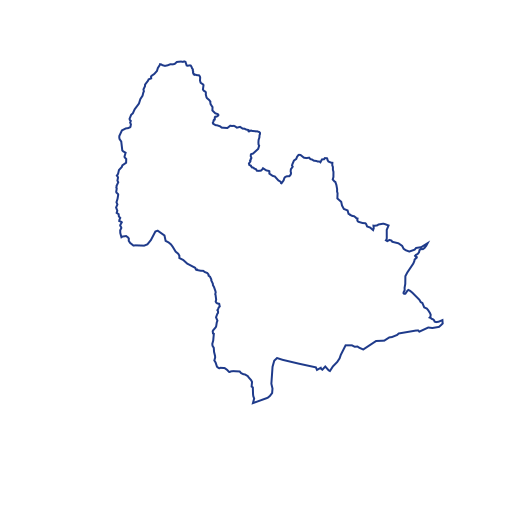 Savarsin, Arad, Romania (Robinson projection), rotated 306°
{"feature_id": "2599482B64767157577380", "entity_name": "Savarsin", "entity_type": "district", "adm_level": 2, "iso_a3": "ROU", "parent_name": "Romania", "parent_adm1": "Arad", "projection": "robinson", "projection_center": [22.304, 46.053], "detail": "fine", "context": "isolated", "style": "outline", "palette": "blue", "viewbox_px": 512, "rotation_deg": 306, "n_neighbors": 0, "source": "geoboundaries", "source_scale": "gbopen_adm2", "svg_char_len": 6091}
<svg xmlns="http://www.w3.org/2000/svg" viewBox="0 0 512 512"><g transform="rotate(306 256 256)"><path d="M367.2,387.3L360.3,384.5L356.6,380.8L354.3,380.6L349.7,377.4L348.7,373.8L348.6,371.2L350.1,368.3L350.0,363.8L347.6,357.9L348.1,356.5L347.4,354.5L345.2,353.5L345.1,351.9L346.1,351.9L347.3,351.3L354.0,346.4L358.6,345.3L357.5,341.3L356.9,339.9L353.5,336.6L351.9,336.0L350.1,334.1L349.6,333.2L347.7,334.9L345.8,335.5L346.1,331.6L345.2,328.5L346.6,326.3L346.8,325.3L345.3,322.8L343.9,318.8L343.9,317.9L344.5,316.9L346.0,316.1L345.5,314.9L345.8,314.1L345.8,311.8L344.9,310.2L345.0,309.6L344.5,308.2L344.8,307.8L344.5,306.1L346.7,303.3L345.7,299.4L347.4,295.9L349.9,293.1L350.4,288.0L354.7,285.1L355.8,283.7L357.8,282.3L360.7,279.3L362.6,276.6L362.4,275.8L363.0,273.1L365.4,272.2L369.6,269.2L371.0,267.5L373.2,265.9L374.3,264.3L376.3,263.0L375.7,262.0L375.0,259.1L375.6,257.6L376.5,256.6L376.8,255.9L375.6,254.1L374.3,254.2L372.9,252.6L369.7,253.0L369.8,252.2L369.5,251.4L368.8,250.6L368.3,248.9L367.1,246.7L367.0,244.6L366.5,243.6L366.4,242.6L366.8,241.2L364.9,239.3L363.7,237.0L363.9,232.7L363.4,231.7L362.8,231.0L360.4,230.9L358.2,231.5L355.5,230.6L351.6,231.5L350.4,231.9L349.8,233.2L346.7,233.2L344.8,234.3L343.7,235.6L342.3,236.2L340.2,236.1L338.5,234.0L337.1,233.2L335.8,233.1L333.3,233.9L329.0,233.9L330.0,233.4L330.3,232.8L330.5,231.9L330.3,229.6L331.4,224.5L330.6,222.3L330.5,218.4L332.4,217.0L332.4,216.5L331.3,214.0L331.1,210.1L329.9,210.2L327.9,209.8L326.2,207.8L325.5,206.5L326.2,205.0L325.7,203.2L325.9,202.4L325.7,201.2L325.3,200.8L325.7,199.2L326.1,198.8L325.7,197.1L326.7,195.9L329.1,195.9L329.4,195.8L329.9,195.0L330.9,195.2L331.4,194.7L332.6,194.7L333.7,193.0L335.1,192.2L335.6,192.2L337.1,193.4L343.9,194.8L347.1,193.7L347.7,192.5L349.3,191.2L351.4,189.9L353.8,189.1L355.9,187.8L357.1,187.5L358.0,186.8L358.2,185.9L357.5,183.5L356.7,182.7L356.6,182.2L354.8,179.2L354.6,178.2L352.6,177.1L352.5,176.7L353.5,175.9L352.5,173.7L352.2,171.8L351.2,170.3L351.1,167.2L348.6,165.1L348.6,163.1L348.3,161.6L347.0,160.1L346.3,158.6L342.7,157.6L339.7,152.8L339.8,150.7L338.9,147.8L338.1,146.4L337.8,143.6L338.3,142.8L340.0,142.5L340.7,142.0L341.4,141.9L341.9,142.4L342.7,142.2L343.2,141.6L344.2,141.1L344.8,141.2L345.5,142.1L346.7,142.7L347.8,142.8L348.2,142.4L348.3,141.6L347.5,139.1L348.1,135.2L350.9,133.3L352.1,130.1L353.2,128.9L354.1,128.3L354.7,126.3L354.9,123.6L355.2,122.8L357.1,120.5L358.6,119.5L359.2,118.6L359.0,116.6L359.5,115.2L363.4,113.1L363.7,112.5L363.6,109.5L363.8,109.1L365.1,107.5L367.5,106.0L368.1,105.3L368.7,103.9L368.6,103.5L367.6,102.0L367.1,100.4L366.5,100.0L366.3,98.9L366.9,98.6L367.1,97.4L368.5,96.6L368.7,96.0L369.9,95.2L370.2,94.0L371.0,92.9L371.7,91.3L371.4,90.5L369.6,88.7L369.4,87.9L371.6,84.8L371.2,83.5L370.1,82.8L369.2,81.0L367.0,78.5L366.4,77.9L363.6,77.3L362.1,76.0L360.8,74.0L358.4,72.5L356.3,70.6L355.4,68.2L355.2,66.3L354.7,65.6L354.1,65.9L350.4,66.1L347.5,67.1L343.5,66.7L340.3,65.6L339.5,65.6L338.1,66.8L335.8,65.3L334.4,65.6L329.5,65.5L328.1,66.4L324.7,67.0L323.3,68.5L321.9,68.8L319.0,70.0L315.0,70.2L310.5,71.7L303.4,71.6L299.0,72.5L296.9,72.0L292.6,73.1L291.9,74.0L291.7,75.3L289.9,75.8L289.0,77.4L286.7,78.5L286.2,78.5L284.3,77.4L282.7,75.7L278.8,73.7L272.7,74.9L271.3,75.9L270.4,76.9L269.4,79.7L262.8,85.8L262.6,87.0L262.9,89.8L259.1,91.2L258.6,91.8L258.2,94.0L255.1,96.1L250.8,94.6L249.1,95.1L245.0,94.6L241.4,96.1L239.2,96.2L239.0,97.3L238.3,98.3L235.5,99.6L234.7,101.2L230.6,102.0L230.0,102.6L229.2,102.8L228.7,103.7L225.7,105.2L225.3,105.8L225.0,108.0L224.6,108.5L220.8,110.4L217.5,111.5L216.2,113.6L213.0,114.3L211.1,117.2L209.0,117.9L209.1,120.3L207.4,121.8L207.0,123.8L205.0,124.2L203.9,124.8L204.5,127.1L204.4,127.6L201.1,128.0L200.7,128.4L199.9,130.2L199.5,130.6L197.0,131.0L194.8,132.7L192.1,136.1L193.3,136.6L195.8,139.2L195.8,141.3L195.4,142.8L193.5,144.1L192.6,146.4L192.4,150.7L193.9,152.4L198.6,159.4L201.6,161.3L207.1,161.6L216.7,160.2L218.7,161.6L218.8,169.9L215.1,174.0L215.6,177.3L215.4,180.4L214.5,183.2L212.3,188.4L212.1,191.8L211.2,193.8L209.3,195.2L210.0,199.5L209.4,204.9L210.7,213.8L209.7,215.4L209.9,216.3L210.4,216.4L210.3,217.2L211.5,219.8L213.0,222.1L212.9,223.9L213.6,226.6L213.1,228.5L212.2,229.2L212.2,231.0L211.6,232.1L210.8,233.6L210.0,234.1L208.2,237.4L207.1,238.3L206.2,240.3L203.6,244.0L202.8,244.8L201.1,245.5L200.8,246.1L197.3,249.4L195.4,250.2L194.9,251.4L194.9,252.6L195.7,254.3L193.9,256.3L192.3,256.1L190.8,256.6L189.5,256.6L189.1,257.7L187.7,258.7L186.5,258.7L182.9,259.7L181.0,262.8L179.2,263.3L175.9,265.0L174.7,265.3L170.5,265.0L169.7,265.2L168.1,266.7L168.3,267.6L162.4,271.1L159.2,272.3L157.8,273.6L156.9,275.8L153.8,278.4L151.1,281.6L149.9,282.6L147.0,283.7L146.1,285.9L143.5,289.5L143.4,291.6L143.6,292.3L144.6,292.9L146.9,296.5L146.9,299.5L146.4,302.3L146.7,302.9L148.0,303.6L149.5,305.3L153.0,310.7L152.5,312.7L152.9,315.1L153.7,316.8L154.0,320.0L153.5,321.3L152.7,325.0L151.8,326.8L147.8,329.2L147.8,330.7L142.5,334.8L141.0,336.2L139.6,338.3L135.2,340.0L148.2,348.8L150.9,349.5L154.6,349.6L158.4,347.3L161.7,343.5L176.1,334.5L182.0,332.3L185.8,333.0L187.7,338.7L194.1,354.0L201.1,369.9L199.7,372.3L203.6,374.1L203.0,375.0L203.0,376.5L207.3,377.0L206.2,382.0L206.4,383.4L211.9,383.1L218.0,384.0L222.3,383.8L225.9,382.7L236.4,381.0L240.1,386.1L240.6,389.2L242.4,391.3L242.5,393.5L243.4,397.7L257.8,403.1L262.9,409.5L268.5,411.7L270.3,413.6L275.1,416.6L277.2,417.0L289.7,429.2L291.1,431.0L290.8,432.6L299.4,437.4L301.4,441.0L306.2,445.7L308.8,446.3L311.1,446.7L313.7,444.5L310.2,442.4L308.4,440.6L307.9,439.1L308.7,437.7L308.8,436.2L308.4,435.1L308.6,433.8L308.3,432.7L309.4,432.8L311.1,431.9L312.1,430.3L313.3,427.3L313.9,425.1L313.3,422.3L315.8,418.2L315.5,416.4L316.6,414.0L318.2,404.2L318.4,401.2L318.1,399.2L316.8,398.9L313.3,399.0L312.5,398.1L312.7,397.1L313.6,396.7L315.7,396.4L317.6,394.9L321.1,393.2L327.5,388.7L331.6,388.1L342.3,387.7L344.9,387.1L346.4,386.4L349.2,387.0L349.7,386.5L349.4,385.4L349.6,384.6L350.8,384.7L352.7,385.6L354.8,385.7L357.0,384.8L358.5,385.4L359.7,387.0L361.5,387.6L364.4,387.7L367.2,387.3Z" fill="none" stroke="#1e3a8a" stroke-width="2"/></g></svg>